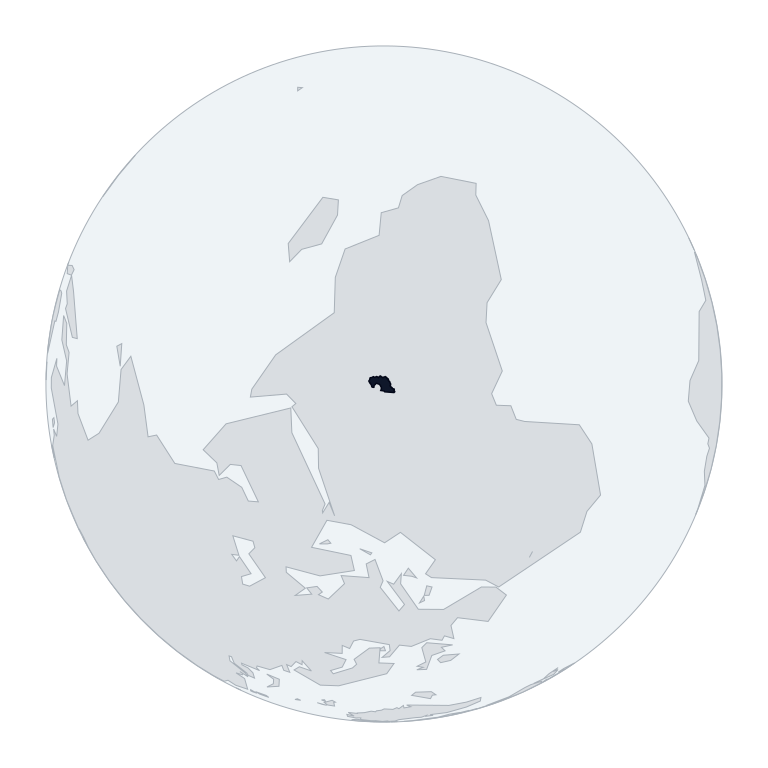 the Earth from above Western Equatoria, rotated 192°
{"feature_id": "SDS-864", "entity_name": "Western Equatoria", "entity_type": "State", "adm_level": 1, "iso_a3": "SSD", "parent_name": "South Sudan", "parent_adm1": "", "projection": "orthographic", "projection_center": [28.334, 5.546], "detail": "fine", "context": "on_globe", "style": "filled", "palette": "ink", "viewbox_px": 768, "rotation_deg": 192, "n_neighbors": 0, "source": "natural_earth", "source_scale": "10m", "svg_char_len": 9542}
<svg xmlns="http://www.w3.org/2000/svg" viewBox="0 0 768 768"><g transform="rotate(192 384 384)"><circle cx="384" cy="384" r="338" fill="#eef3f6" stroke="#a8b0b8"/><path d="M227.6,84.4L222.1,87.5L211.3,93.6L207.0,96.3L217.0,90.9L196.7,104.0L183.0,116.4L177.8,120.5L168.0,126.0L168.6,123.8L164.0,127.5L184.1,111.5L205.4,97.2L227.6,84.4ZM160.0,131.0L163.7,128.0L150.6,140.0L148.2,142.5L148.8,142.6L153.6,138.4L149.0,143.1L139.6,150.8L143.6,146.6L146.6,143.9L146.7,143.4L146.5,143.6L160.0,131.0ZM52.0,321.0L52.0,321.3L51.2,325.5L49.0,351.6L52.5,365.2L53.2,380.4L52.3,388.9L54.8,392.8L54.9,398.7L70.4,412.9L82.8,430.5L85.4,451.0L81.0,472.4L90.8,520.4L86.6,532.7L94.9,551.7L107.8,577.7L104.4,573.7L91.6,553.3L80.3,532.1L70.5,510.1L62.3,487.4L55.8,464.3L50.9,440.7L47.7,416.8L46.2,392.8L46.4,368.7L48.4,344.7L52.0,321.0ZM108.5,579.7L114.8,588.2L116.2,590.1L108.5,579.7ZM287.4,60.2L289.0,59.7L294.4,58.2L287.4,60.2ZM306.9,55.0L305.4,55.4L300.5,56.6L302.3,56.1L306.9,55.0ZM337.1,49.4L339.9,49.0L326.9,51.0L324.3,51.4L337.1,49.4ZM645.1,169.4L646.7,171.6L638.8,162.2L645.8,171.5L652.3,179.2L651.6,177.6L661.1,191.1L670.6,204.9L682.3,225.3L695.3,255.0L695.9,265.3L697.8,271.3L693.3,264.7L694.6,277.0L708.6,310.9L710.7,321.1L709.3,341.1L708.0,333.4L696.2,316.0L699.2,340.6L708.3,360.2L711.6,384.4L706.9,377.3L702.9,356.3L698.6,349.4L696.1,328.0L685.5,297.3L680.4,303.9L677.2,291.5L661.8,267.5L652.5,276.6L640.1,311.2L644.2,343.5L637.4,358.5L614.5,313.5L603.8,283.3L595.8,286.8L572.1,262.8L531.9,263.6L525.9,256.2L518.4,260.2L501.6,253.3L492.4,241.3L482.4,242.6L506.9,274.5L517.6,273.4L526.2,260.3L531.1,272.1L547.2,282.1L530.2,312.2L470.2,341.2L464.0,317.2L416.7,254.4L418.0,247.4L417.7,246.6L417.2,245.2L413.1,256.7L404.9,244.8L430.5,288.0L434.9,307.2L469.3,342.6L466.2,346.6L477.2,353.9L512.0,343.4L512.2,351.5L496.0,390.0L447.5,443.4L453.8,478.2L450.1,508.0L419.7,528.4L422.3,551.0L406.5,559.3L405.4,572.1L392.7,585.9L371.5,598.9L335.6,599.4L333.5,587.9L315.7,565.5L291.0,510.5L300.1,485.0L297.0,465.3L271.0,421.3L276.7,396.9L269.7,386.6L255.4,389.1L247.3,376.9L238.6,376.6L184.5,384.7L168.2,368.6L149.1,320.4L159.0,301.6L161.1,279.9L229.6,209.3L243.8,213.3L297.3,204.5L303.9,207.0L297.2,222.8L337.1,242.3L350.4,228.8L386.9,239.5L411.5,238.8L420.9,209.2L380.7,209.4L374.2,195.4L406.7,183.0L441.8,184.8L440.4,179.5L418.5,167.9L426.9,158.7L411.0,163.4L417.2,168.5L407.4,172.1L401.1,167.7L404.3,164.3L393.8,162.1L381.1,180.5L386.1,187.7L358.4,191.5L364.0,204.3L356.3,210.5L344.0,191.3L345.4,184.3L322.2,165.1L318.1,172.6L339.8,191.6L332.9,190.2L327.6,202.1L326.2,192.0L303.6,170.8L278.8,175.9L246.5,205.7L232.2,208.6L220.4,203.0L232.8,173.4L263.5,170.7L268.3,161.7L262.7,149.5L272.5,150.2L274.0,145.4L285.7,144.5L302.7,133.0L314.6,131.8L321.9,118.3L329.0,116.2L322.6,124.5L324.6,130.2L354.4,129.2L360.3,126.3L362.6,118.1L370.5,119.6L368.9,111.8L386.3,109.0L363.8,106.5L366.0,98.4L376.7,92.6L373.4,90.0L355.8,99.7L352.5,104.2L356.0,108.5L343.4,122.6L333.0,125.2L331.0,110.1L316.1,112.7L321.1,101.2L365.5,79.4L383.7,76.2L412.5,85.6L408.0,89.8L395.3,88.2L406.5,96.3L405.8,92.4L412.4,94.2L416.1,88.3L420.9,89.3L416.2,82.4L422.5,83.1L425.4,87.5L436.2,80.9L449.5,81.8L449.7,80.0L446.1,77.8L465.3,81.3L464.6,79.8L458.0,78.0L452.2,74.3L449.5,69.4L456.3,70.8L458.2,72.8L472.4,79.7L476.5,85.6L479.0,85.8L477.1,81.2L459.7,72.5L456.1,69.3L465.2,72.8L461.6,71.2L462.0,70.1L468.7,70.7L459.1,66.9L453.9,57.1L466.4,58.5L475.0,61.8L478.5,60.0L492.4,64.0L486.2,62.0L485.3,61.6L508.3,69.8L530.7,79.6L552.3,91.0L573.0,103.9L592.8,118.3L611.4,134.0L628.9,151.1L645.1,169.4ZM205.8,244.6L203.9,250.9L203.9,251.0L205.8,244.6ZM479.4,203.0L500.3,204.1L490.3,186.3L497.5,185.7L491.5,180.3L489.5,185.1L474.6,170.8L483.4,166.0L480.6,158.9L473.4,158.3L459.7,169.9L480.9,189.8L476.3,197.0L479.4,203.0ZM52.0,321.2L51.4,325.4L51.3,324.9L52.0,321.2ZM151.2,139.5L151.7,139.0L151.2,140.1L149.2,141.7L151.2,139.5ZM162.3,135.0L154.7,142.8L158.7,137.9L154.4,140.9L157.6,135.3L175.3,122.3L166.7,128.8L162.3,135.0ZM166.8,125.6L162.8,129.7L166.5,125.8L166.8,125.6ZM270.7,123.2L274.4,125.7L269.6,131.0L254.5,135.5L261.3,127.5L270.7,123.2ZM280.8,128.4L283.0,113.7L292.5,111.3L286.8,115.0L292.9,114.8L285.3,120.8L292.2,134.0L288.4,139.8L262.6,143.1L273.1,138.4L268.8,135.7L280.8,128.4ZM272.0,89.7L273.1,85.9L292.2,85.2L289.0,89.1L273.7,92.9L268.6,90.8L272.0,89.7ZM246.9,75.1L255.9,71.3L260.4,69.5L268.9,66.3L286.6,60.4L287.7,60.1L264.4,68.5L262.3,69.1L251.2,74.7L241.3,78.6L248.8,74.7L232.9,82.5L235.7,80.6L225.5,86.0L240.3,78.2L246.9,75.1ZM351.6,53.1L344.2,53.0L350.7,55.3L340.9,56.3L342.3,56.5L335.0,58.4L328.5,61.3L324.1,61.6L323.5,62.7L318.7,64.4L316.3,66.2L307.6,67.6L304.1,70.1L301.9,69.5L298.2,73.6L297.1,71.3L290.7,73.9L295.1,74.7L253.7,83.1L237.2,90.0L224.0,97.5L223.9,93.9L236.2,85.2L254.2,75.7L270.1,70.2L267.1,70.1L273.9,67.7L273.4,68.8L278.2,65.8L283.6,64.3L299.6,58.8L303.2,56.6L309.1,55.0L310.4,55.2L315.4,53.6L322.0,53.0L326.4,52.0L337.2,51.0L337.2,52.6L342.1,51.5L350.5,51.3L351.6,53.1ZM319.6,52.3L320.7,52.1L317.0,52.8L322.9,51.6L326.7,51.1L332.3,50.2L331.5,50.4L342.7,48.7L344.9,49.3L340.6,50.4L323.6,51.9L318.7,52.8L307.6,54.9L311.1,54.0L319.6,52.3ZM311.8,201.1L316.9,201.7L325.1,200.9L321.9,208.9L311.8,201.1ZM296.0,186.7L300.7,185.6L300.2,195.5L294.8,195.4L296.0,186.7ZM303.8,177.2L301.0,184.8L299.3,180.6L303.8,177.2ZM327.1,123.4L332.2,122.3L332.5,124.2L329.5,127.2L327.1,123.4ZM369.0,63.8L365.4,62.7L367.0,62.1L365.4,58.7L372.5,58.3L376.3,60.1L369.0,63.8ZM413.9,214.2L406.5,220.0L402.9,217.2L406.2,215.8L413.9,214.2ZM361.8,214.1L373.5,217.8L360.8,216.3L361.8,214.1ZM376.5,62.8L375.0,61.3L379.5,62.0L376.5,62.8ZM377.7,57.8L383.1,58.4L373.2,57.8L377.7,57.8ZM529.4,652.8L530.1,656.3L525.5,656.9L529.4,652.8ZM506.9,501.5L482.6,553.9L466.9,554.6L464.6,539.6L474.1,508.1L492.5,498.6L501.7,484.0L506.9,501.5ZM717.8,436.7L717.6,437.7L718.2,434.2L717.8,436.7ZM718.0,434.4L713.7,435.1L710.9,431.4L712.4,425.5L716.8,426.1L718.0,434.4ZM712.2,425.3L706.9,409.9L693.5,364.6L698.5,364.8L711.2,391.6L710.5,396.6L713.8,408.9L712.2,425.3ZM720.6,354.5L721.3,365.6L721.8,374.5L721.9,382.4L721.6,393.7L720.8,408.8L719.3,408.0L718.1,405.8L717.4,386.9L717.9,377.1L719.1,377.2L719.4,344.1L720.3,350.7L720.6,354.5ZM645.7,346.5L653.2,365.4L648.9,369.0L645.7,346.5ZM716.5,323.6L718.3,335.7L715.3,317.6L716.5,323.6ZM701.0,280.6L699.9,282.4L698.2,277.7L698.6,272.6L701.0,280.6ZM696.4,255.2L693.6,248.7L691.1,243.1L696.4,255.2ZM435.5,63.3L429.9,67.8L430.6,72.3L438.4,75.9L425.0,73.4L423.9,66.5L435.5,63.3ZM450.9,57.3L444.0,55.1L448.5,55.6L450.7,56.2L450.9,57.3ZM445.7,56.4L434.4,54.9L431.5,53.5L441.0,54.8L445.7,56.4ZM405.5,56.9L403.3,58.1L399.7,57.3L405.5,56.9ZM674.8,556.1L686.3,534.6L686.2,535.1L695.2,515.0L698.0,508.9L687.3,532.9L674.8,556.1ZM462.9,55.4L465.5,56.1L461.5,55.1L460.5,54.9L462.9,55.4Z" fill="#d9dde1" stroke="#a8b0b8" stroke-width="1"/><path d="M373.0,380.0L373.0,379.9L373.0,379.7L372.9,379.6L372.6,379.5L372.4,379.3L372.3,379.2L372.2,379.1L372.0,378.9L372.0,378.7L371.9,378.6L372.0,378.4L372.2,378.1L372.4,377.9L372.5,377.7L381.7,376.5L382.6,377.2L382.8,377.2L385.8,377.0L385.6,377.8L385.7,378.0L385.7,378.5L385.6,378.9L385.7,379.2L385.7,379.4L385.7,379.6L386.0,380.1L386.1,380.3L386.2,380.6L386.3,380.8L386.6,380.9L386.9,381.3L387.1,381.6L387.5,382.1L387.7,382.3L387.9,382.3L388.0,382.4L388.2,382.5L388.3,382.6L388.6,382.8L388.8,382.8L391.3,383.1L391.8,383.1L392.0,382.9L392.1,382.6L392.3,382.1L392.4,381.9L392.8,381.3L393.0,381.1L393.3,380.7L393.4,380.1L393.4,379.8L393.3,379.6L393.2,379.2L393.2,378.7L393.3,378.6L394.6,378.5L394.8,378.5L395.1,378.6L395.3,378.8L395.5,379.1L396.1,380.3L396.3,380.6L397.0,381.2L397.7,381.7L397.9,382.0L398.1,382.1L398.2,382.4L398.3,382.5L398.7,382.8L399.1,383.2L399.3,383.5L399.4,383.8L399.4,384.0L399.1,384.6L399.0,384.9L398.9,385.2L398.9,386.9L398.8,387.0L398.7,387.3L397.8,387.6L397.1,387.9L396.8,388.1L396.1,388.9L395.8,389.0L395.7,389.0L395.4,388.9L395.0,388.6L394.8,388.5L394.7,388.4L394.4,388.5L394.2,388.6L393.8,389.0L392.7,389.8L392.3,389.7L392.2,389.7L391.9,389.5L391.8,389.4L391.6,389.3L391.3,389.3L391.1,389.2L390.9,389.3L390.9,389.2L390.7,389.1L390.5,389.4L390.5,389.5L390.4,389.8L390.3,390.0L390.2,390.2L389.9,390.5L389.7,390.8L389.3,390.8L389.3,391.0L389.2,391.1L388.9,391.1L388.6,390.7L388.3,390.5L388.2,390.5L388.2,390.4L387.9,390.2L387.5,390.3L387.4,390.3L387.1,390.3L386.9,390.3L386.7,390.2L386.6,389.9L386.4,389.9L386.3,390.0L386.2,390.0L385.9,390.4L385.8,390.6L385.7,390.6L385.4,390.7L385.4,390.8L385.2,390.9L384.9,391.0L384.6,391.3L384.4,391.5L384.1,391.4L384.0,391.2L383.8,391.0L383.6,391.1L383.3,391.1L383.1,391.1L382.9,390.9L382.7,390.7L382.4,390.6L382.1,390.4L382.1,390.2L382.1,389.9L381.8,389.8L381.7,389.8L381.4,389.8L381.2,389.9L381.0,389.7L380.9,389.6L380.7,389.6L380.6,389.4L380.6,389.1L380.7,388.8L380.6,388.7L380.5,388.4L380.4,388.4L380.3,388.5L380.2,388.4L380.1,388.1L380.0,387.9L379.9,387.9L379.4,387.8L379.2,387.7L379.1,387.4L378.9,387.2L378.7,387.1L378.8,386.9L378.7,386.7L378.4,386.4L378.3,386.2L377.9,386.0L377.8,385.9L377.7,385.7L377.6,385.3L377.5,385.2L377.5,384.9L377.4,384.7L377.5,384.6L377.7,384.0L377.7,383.9L377.6,383.7L377.5,383.8L377.4,383.8L377.4,383.7L377.5,383.4L377.4,383.3L377.3,383.2L377.2,383.0L377.1,382.9L376.9,382.8L376.9,382.7L376.6,382.5L376.4,382.6L376.2,382.4L376.1,382.2L375.8,382.2L375.7,382.2L375.5,381.9L375.4,382.0L375.1,381.9L375.0,381.6L374.9,381.4L374.4,381.3L374.0,381.3L373.8,381.2L373.5,381.1L373.4,381.1L373.4,380.9L373.2,380.7L372.9,380.9L372.8,380.6L373.0,380.5L373.2,380.4L373.3,380.2L373.2,380.0L373.0,380.0Z" fill="#0f172a" stroke="#020617" stroke-width="1.5"/></g></svg>